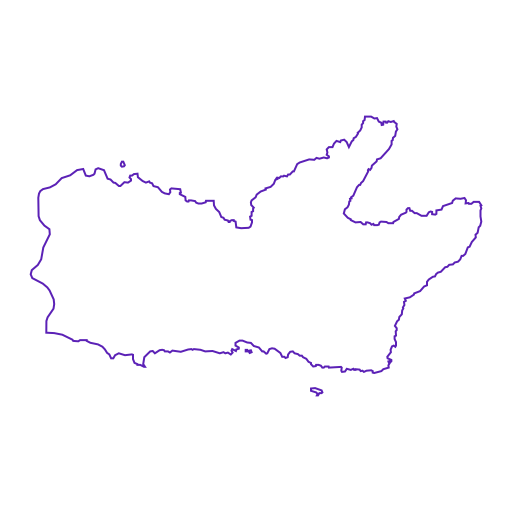 Santa Bárbara de Samaná, Samaná, Dominican Republic
{"feature_id": "3306468B43421780768425", "entity_name": "Santa Bárbara de Samaná", "entity_type": "district", "adm_level": 2, "iso_a3": "DOM", "parent_name": "Dominican Republic", "parent_adm1": "Samaná", "projection": "orthographic", "projection_center": [-69.295, 19.263], "detail": "fine", "context": "isolated", "style": "outline", "palette": "violet", "viewbox_px": 512, "rotation_deg": 0, "n_neighbors": 0, "source": "geoboundaries", "source_scale": "gbopen_adm2", "svg_char_len": 6083}
<svg xmlns="http://www.w3.org/2000/svg" viewBox="0 0 512 512"><path d="M44.4,225.6L49.4,229.2L49.8,234.3L43.3,247.5L41.2,259.3L37.8,265.0L31.8,270.1L30.7,274.3L32.3,278.1L42.8,283.6L47.3,287.4L49.6,290.5L53.7,299.4L54.2,304.1L53.5,308.7L47.6,317.3L46.4,321.0L46.3,332.7L54.2,333.1L62.3,334.7L72.5,339.7L73.2,340.9L78.3,341.3L80.1,340.1L86.7,340.1L86.7,340.9L90.4,342.8L98.0,344.4L102.4,346.7L104.9,349.4L107.1,352.9L109.3,354.4L111.1,358.3L113.3,358.3L115.1,355.2L118.8,353.3L125.0,355.2L131.9,354.4L133.0,354.8L133.0,359.1L134.5,362.9L137.4,364.1L137.4,364.9L140.3,364.9L144.0,366.8L145.0,366.8L143.2,364.1L144.3,357.2L150.2,351.4L152.7,351.0L154.9,353.3L159.6,350.2L162.2,349.8L164.0,350.2L164.8,351.4L168.0,351.4L169.9,352.5L172.4,350.6L180.8,351.8L188.1,349.5L191.4,349.1L192.5,349.8L193.9,349.1L200.5,349.8L205.2,351.4L212.5,351.0L219.8,353.3L223.5,352.2L225.3,353.3L227.9,352.6L230.8,354.5L232.6,352.6L231.5,350.6L232.2,349.1L235.9,351.0L236.3,349.5L238.8,348.7L238.8,347.5L235.5,345.6L235.5,342.9L239.5,340.6L242.5,340.6L247.2,342.5L250.9,342.9L253.8,346.0L258.9,347.5L262.2,351.4L263.6,351.4L266.2,353.7L267.3,353.3L269.4,349.1L272.0,348.3L274.6,348.7L280.4,353.0L282.2,356.8L284.4,356.8L285.5,358.0L287.7,357.2L288.1,354.5L290.2,351.8L292.8,351.4L294.6,353.3L297.9,354.1L299.7,355.7L301.9,355.7L303.0,357.2L306.3,358.8L308.5,361.8L311.0,363.0L311.0,364.2L313.2,366.5L315.8,366.1L316.1,364.9L318.7,364.9L320.9,365.7L322.3,367.6L323.8,367.6L324.9,366.5L328.6,366.5L328.9,367.6L341.0,366.9L341.7,367.6L341.3,370.7L342.0,371.9L345.0,371.5L346.8,368.8L350.8,369.9L353.3,368.8L354.1,369.9L355.5,369.9L355.5,369.2L359.6,369.6L360.7,371.1L362.5,370.7L363.9,371.9L366.5,370.7L371.2,370.3L372.7,371.1L372.7,372.6L374.2,373.0L381.4,371.1L383.3,369.2L388.7,367.6L388.4,365.3L389.8,363.0L389.1,363.4L388.4,361.4L389.8,361.0L390.2,362.2L391.3,361.4L391.3,359.9L387.6,358.3L387.3,356.8L390.9,352.2L390.6,349.8L392.0,346.4L393.8,345.6L395.3,346.8L396.0,345.6L396.0,342.1L394.6,339.0L394.6,336.3L396.0,335.6L395.7,331.3L396.7,330.1L396.7,328.2L394.9,325.9L397.1,321.3L398.9,319.7L399.3,317.0L401.8,314.3L402.2,310.4L403.3,308.5L402.9,307.4L404.4,305.0L404.0,301.9L405.8,300.8L404.8,298.5L409.9,297.3L413.9,294.6L414.2,293.4L420.1,291.1L424.1,286.5L427.0,285.3L427.0,281.8L428.8,279.5L432.8,276.8L435.0,276.4L436.1,274.1L437.9,272.6L440.8,271.8L445.2,267.2L447.4,266.8L449.2,264.8L452.9,264.4L454.7,262.5L458.0,261.7L460.2,259.4L461.6,255.9L463.1,255.9L465.3,254.0L467.8,247.4L469.6,246.7L471.8,242.0L475.8,237.4L475.5,234.7L477.6,232.8L478.7,227.3L480.2,225.8L481.3,221.6L480.5,216.5L480.5,210.4L481.3,208.4L480.5,205.7L481.3,205.3L479.1,201.9L473.6,201.9L471.4,203.8L468.9,203.8L468.5,203.0L465.6,203.4L466.0,200.3L464.5,198.0L460.5,198.8L455.7,198.4L452.8,200.7L452.1,203.0L443.0,206.1L441.5,209.6L436.4,210.4L436.4,213.9L435.3,214.6L432.1,214.2L432.1,211.9L430.6,211.5L428.8,212.3L426.6,215.8L421.5,215.8L416.7,213.1L414.6,213.1L412.0,210.8L410.2,210.8L409.4,208.1L408.0,208.1L406.5,209.6L406.5,211.9L405.8,212.7L401.1,214.7L399.2,217.0L398.9,218.9L393.4,222.0L393.1,223.2L388.3,223.2L386.5,222.0L381.0,221.6L379.6,222.4L378.8,224.7L377.4,225.1L374.1,225.1L373.4,223.9L371.5,224.7L370.1,223.2L367.5,222.4L366.1,222.4L365.7,224.3L363.2,224.3L360.6,222.0L355.5,222.4L350.8,220.1L350.8,219.3L347.8,217.8L343.8,213.5L344.9,209.3L347.5,207.3L348.9,204.6L349.3,201.5L350.4,200.8L350.0,198.8L351.5,198.4L351.1,197.3L353.3,195.7L357.0,187.2L359.1,184.9L360.2,184.9L361.0,183.0L363.1,181.1L368.2,171.4L367.9,170.2L368.6,169.1L370.1,169.9L371.5,167.9L371.9,165.6L376.6,161.4L377.0,159.4L380.6,158.3L389.0,149.0L391.6,144.4L391.6,140.9L392.7,140.1L393.0,137.8L395.2,135.9L395.9,131.6L397.4,129.3L396.3,126.6L396.7,123.9L393.7,121.6L394.5,120.8L390.8,122.0L388.3,121.2L387.2,122.7L386.1,122.7L385.7,121.6L383.5,121.6L383.2,124.7L381.7,125.0L381.3,122.7L378.8,121.6L377.0,118.1L374.4,118.5L371.1,116.6L365.0,116.6L364.6,120.0L363.1,121.2L363.1,123.1L361.7,124.7L361.7,127.4L360.2,130.5L357.7,132.8L358.0,133.6L355.8,137.0L353.7,138.2L353.3,140.1L351.8,141.3L348.9,147.1L346.7,142.1L344.2,139.7L340.9,140.5L340.2,142.1L336.5,140.9L334.0,143.6L332.5,147.1L328.9,147.1L326.7,149.4L327.4,152.5L326.7,154.8L328.9,156.4L328.9,157.5L327.1,158.3L323.8,157.5L319.4,158.7L316.5,157.9L314.3,159.8L309.2,159.4L299.7,162.5L297.2,164.1L293.9,171.4L292.8,171.4L289.9,174.5L288.1,174.5L287.0,176.4L284.0,175.7L283.3,176.4L280.8,176.4L279.3,178.0L277.1,177.6L276.4,178.4L277.1,179.1L275.3,179.9L273.8,183.8L270.6,186.9L265.5,188.4L265.8,189.6L260.7,191.5L256.7,194.6L255.6,197.3L251.6,200.4L250.9,202.3L251.2,205.0L253.8,207.7L253.1,208.5L253.1,211.2L251.6,212.0L251.6,215.8L250.1,216.6L250.5,219.7L252.0,220.1L252.0,222.4L250.5,226.6L248.7,227.8L241.1,228.2L236.3,227.4L235.6,221.6L233.7,220.9L233.7,220.1L231.9,220.1L230.1,220.9L229.7,222.0L228.6,222.0L227.9,220.5L224.6,219.7L223.5,217.8L221.3,217.0L219.2,212.0L215.9,208.9L214.0,205.4L213.7,200.8L206.0,200.8L205.7,202.3L201.7,203.5L198.4,203.5L196.2,202.7L195.1,201.1L191.1,200.4L188.9,200.4L188.5,201.5L187.1,201.5L185.6,200.4L185.3,196.9L179.8,194.2L179.8,193.0L180.9,192.6L180.2,189.2L171.4,188.4L170.0,189.5L170.3,192.2L168.9,194.2L164.8,193.4L161.9,191.9L157.9,187.2L153.5,186.1L152.1,183.3L149.9,182.6L149.2,181.4L145.9,182.6L142.6,181.0L137.9,177.2L137.5,173.7L133.9,174.1L132.0,175.6L130.2,175.6L129.5,177.5L131.0,179.1L131.0,180.6L128.0,182.6L124.4,182.2L120.4,186.0L118.9,186.0L115.3,182.9L113.5,182.6L110.5,179.5L107.6,178.7L104.0,170.2L98.2,168.2L95.6,169.4L94.5,173.7L93.4,174.8L89.4,176.3L85.8,175.6L83.2,169.0L77.1,170.1L70.2,175.3L61.7,178.1L55.7,184.3L49.9,187.4L43.0,189.1L40.3,191.1L39.0,193.6L38.3,197.7L38.6,216.2L39.9,220.2L44.4,225.6ZM315.1,388.1L311.0,388.5L311.0,390.8L316.1,392.4L317.6,393.9L316.9,395.4L318.0,395.4L319.4,393.1L321.6,393.1L322.4,392.4L321.6,390.4L315.1,388.1ZM123.3,161.7L121.9,161.7L120.8,164.0L120.8,165.6L121.9,166.7L124.0,166.3L124.8,165.2L123.3,161.7ZM247.2,349.9L245.7,349.9L245.7,351.4L248.7,351.4L249.7,353.0L251.6,352.2L250.9,350.3L247.6,351.0L247.2,349.9Z" fill="none" stroke="#5b21b6" stroke-width="2"/></svg>